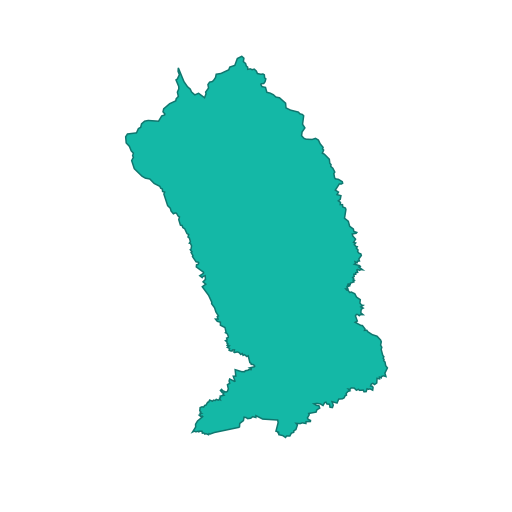 outline of Aracataca, Magdalena, Colombia, rotated 287°
{"feature_id": "7082276B34642639591656", "entity_name": "Aracataca", "entity_type": "district", "adm_level": 2, "iso_a3": "COL", "parent_name": "Colombia", "parent_adm1": "Magdalena", "projection": "equal_earth", "projection_center": [-73.935, 10.652], "detail": "fine", "context": "isolated", "style": "filled", "palette": "teal", "viewbox_px": 512, "rotation_deg": 287, "n_neighbors": 0, "source": "geoboundaries", "source_scale": "gbopen_adm2", "svg_char_len": 6115}
<svg xmlns="http://www.w3.org/2000/svg" viewBox="0 0 512 512"><g transform="rotate(287 256 256)"><path d="M124.6,266.3L120.8,268.4L118.1,268.2L117.1,267.1L117.4,263.6L118.4,262.1L117.0,261.3L115.4,263.8L115.6,265.2L114.0,265.0L113.5,266.1L111.5,262.7L110.2,263.4L109.4,262.7L108.0,263.9L108.1,262.8L107.1,262.1L107.3,259.9L105.9,259.3L105.7,257.5L104.4,256.8L104.7,253.8L102.4,253.4L102.0,252.5L98.8,251.8L98.1,250.6L96.2,250.1L96.0,248.5L94.7,246.9L91.5,247.5L90.9,248.7L89.9,248.6L89.6,249.8L89.0,248.6L88.0,249.2L87.2,248.2L86.4,250.0L87.2,251.4L86.8,252.0L81.1,248.3L77.4,247.4L74.8,248.3L69.2,246.8L70.4,248.1L70.3,249.9L71.5,252.0L71.1,252.8L72.0,253.3L72.6,255.6L70.9,256.5L71.5,257.7L70.7,259.2L71.5,260.0L71.2,262.9L72.4,263.0L72.3,264.1L75.1,267.9L87.1,289.7L87.8,290.2L91.1,289.4L94.9,292.1L98.4,291.7L98.6,293.9L98.0,295.5L99.3,298.4L101.4,299.8L101.5,303.1L103.3,302.6L102.0,310.1L105.5,324.7L103.0,325.9L94.3,326.3L94.3,328.1L93.5,328.6L93.9,329.2L91.8,330.1L92.1,334.1L91.1,337.3L92.8,337.8L93.8,341.0L96.9,341.6L98.4,343.6L99.9,343.3L101.7,344.9L106.6,345.0L107.7,343.2L108.6,347.2L110.0,349.1L110.4,352.7L112.2,352.3L113.6,356.4L114.7,356.2L115.1,353.6L116.2,352.5L119.7,353.3L120.8,352.4L124.3,359.1L126.7,359.2L129.2,361.4L131.2,359.9L130.8,357.5L131.6,354.6L132.9,357.4L133.4,360.7L132.6,363.8L135.9,364.5L136.7,365.6L135.2,367.1L135.7,369.6L133.0,371.0L133.4,373.4L135.9,373.5L138.9,371.3L139.1,376.5L143.3,376.9L144.7,380.4L146.2,381.8L148.2,382.0L149.4,383.2L150.8,382.4L153.2,383.4L154.6,385.3L155.7,383.3L155.9,384.8L157.7,385.6L158.4,388.6L157.0,391.2L158.5,393.0L157.8,394.3L159.1,397.8L157.7,399.0L158.5,401.0L161.5,401.0L161.4,402.4L162.3,403.9L161.8,406.8L164.4,406.4L165.4,405.5L165.2,403.6L167.2,403.7L168.4,405.0L167.7,406.9L169.9,408.6L174.4,407.5L174.6,410.1L176.3,409.5L176.1,411.4L177.5,411.3L178.7,413.0L178.7,415.5L181.7,413.5L187.4,414.4L189.0,412.1L192.3,410.4L193.2,408.7L194.5,408.7L195.4,407.5L197.1,407.7L198.0,406.3L203.3,403.0L205.5,403.0L207.2,401.2L210.6,400.9L212.1,399.7L214.7,395.2L214.8,390.1L216.2,385.2L217.4,383.6L216.6,381.5L218.1,381.6L220.6,378.1L220.3,376.5L221.6,370.2L223.4,371.9L227.8,368.6L229.5,369.1L229.8,370.4L229.1,372.2L230.4,373.0L231.2,375.5L232.3,372.8L235.9,372.2L237.5,373.7L238.0,371.1L240.1,372.8L239.9,371.3L241.4,369.1L244.7,368.5L246.1,364.1L248.8,361.5L249.4,357.6L248.5,356.3L250.0,354.2L249.9,352.7L250.8,351.4L251.4,353.5L253.0,352.0L255.0,354.4L255.7,354.0L254.8,352.2L256.2,352.3L256.6,354.4L257.6,354.2L259.9,357.2L260.7,356.3L261.5,357.1L261.7,356.0L262.7,356.2L263.7,354.7L265.1,355.9L267.1,354.9L267.7,356.7L269.2,356.2L270.1,358.0L272.1,356.5L272.8,357.0L272.6,359.3L273.7,360.2L274.0,361.9L275.5,357.6L276.4,358.8L277.1,357.9L276.9,352.5L278.0,353.4L279.4,352.5L279.1,354.6L280.7,354.7L281.5,356.4L283.2,355.2L287.3,356.6L288.7,355.6L288.7,353.8L289.9,351.9L291.6,351.8L292.8,349.7L294.5,350.1L294.4,348.6L295.6,346.7L297.6,347.5L297.5,345.3L301.2,346.3L303.4,342.7L305.2,341.6L307.0,345.1L308.0,345.5L308.1,342.4L310.3,341.2L311.8,336.9L316.2,334.1L318.0,329.6L326.7,328.4L328.0,327.5L328.3,324.6L330.4,323.7L329.8,321.5L332.0,321.1L332.8,318.6L334.9,320.0L338.5,319.6L338.4,315.5L341.2,316.2L342.2,312.6L349.3,314.6L349.7,316.4L350.9,317.6L352.3,316.8L353.4,312.4L353.0,309.4L353.8,308.3L357.6,306.3L359.3,306.8L362.4,303.8L363.5,301.3L365.4,301.0L366.2,299.5L370.0,297.8L373.4,291.5L373.7,289.4L377.1,289.7L377.8,288.3L379.5,288.4L382.1,284.5L385.1,281.8L385.9,278.5L383.9,275.7L382.3,269.6L382.6,267.3L384.4,264.4L388.1,263.8L392.8,265.3L395.6,262.0L404.0,260.6L404.9,259.0L404.8,256.5L406.0,254.4L405.6,246.3L406.4,241.4L410.8,239.6L414.2,232.2L413.8,228.5L415.3,225.5L415.9,221.9L415.7,218.5L420.0,215.8L419.7,212.2L421.4,210.5L422.3,210.7L423.2,213.0L425.3,213.7L428.3,213.6L428.8,212.2L431.7,211.0L432.1,209.4L431.2,207.6L430.9,204.0L432.9,202.3L434.2,199.7L433.0,197.8L433.3,195.9L432.1,193.5L434.2,192.8L434.8,191.2L437.0,189.8L438.2,187.1L441.6,186.6L442.8,184.0L439.4,180.4L432.1,180.0L429.0,175.7L426.1,175.5L420.3,169.1L418.2,164.8L414.9,165.1L412.2,164.3L410.1,163.3L408.7,160.8L405.9,159.9L402.8,161.5L398.0,159.9L396.5,160.8L392.3,160.5L394.8,153.5L392.2,150.4L394.0,146.4L396.4,144.3L397.9,140.9L401.7,136.1L413.2,126.7L409.8,127.5L407.0,129.7L402.2,129.0L401.0,128.0L395.6,132.5L393.3,133.3L389.7,132.9L385.9,135.1L383.1,133.7L380.9,133.9L376.4,128.9L369.8,124.7L366.7,124.9L365.2,127.3L364.2,127.4L362.4,124.9L356.4,123.4L354.1,113.3L352.4,110.1L348.9,107.9L345.3,108.1L343.5,106.3L338.8,105.7L335.1,97.4L331.9,96.5L326.2,98.8L323.8,102.9L320.1,105.9L318.5,108.7L315.8,108.7L314.6,109.9L310.9,109.2L303.9,114.1L299.0,123.6L298.1,127.4L298.6,131.9L295.6,137.4L294.5,143.7L293.0,145.0L292.7,146.8L290.4,147.8L290.4,150.0L288.3,149.8L278.3,156.8L276.6,160.1L274.2,161.6L272.2,164.7L273.5,166.0L273.6,167.5L271.4,169.9L271.0,171.4L268.2,171.5L263.4,174.7L263.6,176.4L261.8,177.7L261.2,179.9L257.3,183.4L256.8,185.3L254.3,185.4L253.7,187.0L250.7,189.0L248.8,188.5L248.9,189.6L246.9,191.4L243.6,191.9L242.8,191.3L241.3,193.5L240.4,192.9L237.9,195.6L236.9,195.4L232.9,200.4L233.2,202.6L232.7,203.3L230.9,203.0L230.2,201.7L228.1,202.1L225.1,210.6L224.1,210.8L220.7,208.0L219.6,210.9L220.9,211.3L222.3,213.1L218.9,214.5L215.8,212.9L214.4,216.2L210.9,213.6L204.5,222.2L198.9,227.2L197.4,227.5L194.4,231.5L190.8,234.0L187.7,237.6L186.7,236.7L184.7,238.2L183.8,235.7L182.2,238.1L182.3,241.3L179.4,242.2L178.5,247.3L174.2,249.7L173.7,249.3L173.4,251.0L171.4,252.9L170.0,253.3L168.9,251.9L167.4,253.0L166.1,251.6L165.4,253.4L164.2,253.7L163.7,254.9L162.1,254.5L162.2,256.7L160.3,255.3L159.8,257.8L158.0,257.8L157.8,259.4L158.1,260.9L159.3,261.0L159.9,262.8L157.7,262.9L157.4,263.7L158.8,266.2L158.7,268.1L157.4,270.2L158.7,271.4L157.2,272.7L158.3,273.8L157.2,276.6L158.3,277.7L152.3,281.3L151.8,282.8L151.0,283.1L151.4,285.3L150.3,287.0L149.5,286.7L147.2,282.7L146.9,284.5L145.9,284.6L145.4,282.3L144.4,281.8L143.2,279.3L142.0,278.9L141.2,276.2L141.2,269.3L135.2,271.8L134.4,269.4L130.2,272.5L129.8,272.1L130.7,266.8L128.6,266.8L126.6,268.1L124.6,266.3Z" fill="#14b8a6" stroke="#0f766e" stroke-width="1.5"/></g></svg>